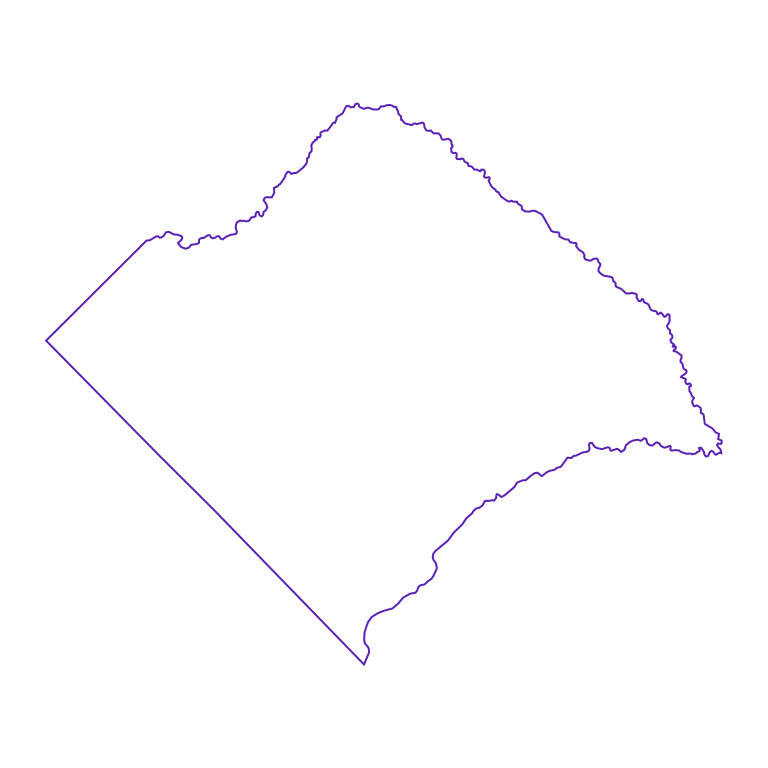 outline of Confluencia, Neuquén, Argentina
{"feature_id": "61730980B39164148007065", "entity_name": "Confluencia", "entity_type": "district", "adm_level": 2, "iso_a3": "ARG", "parent_name": "Argentina", "parent_adm1": "Neuquén", "projection": "mercator", "projection_center": [-68.398, -38.869], "detail": "fine", "context": "isolated", "style": "outline", "palette": "violet", "viewbox_px": 768, "rotation_deg": 0, "n_neighbors": 0, "source": "geoboundaries", "source_scale": "gbopen_adm2", "svg_char_len": 6126}
<svg xmlns="http://www.w3.org/2000/svg" viewBox="0 0 768 768"><path d="M612.3,277.6L611.0,276.9L603.7,275.6L600.6,273.5L598.6,271.4L598.6,268.6L600.2,265.5L600.4,264.1L598.6,262.1L597.4,258.9L596.3,258.6L593.5,258.8L591.4,260.3L589.9,260.7L585.2,259.3L584.1,256.8L584.6,255.7L583.5,253.1L582.5,251.9L579.1,250.0L576.1,246.1L576.6,244.1L576.1,243.2L570.8,242.4L569.8,241.8L568.4,239.6L565.1,239.3L560.3,237.0L559.4,236.3L559.3,233.5L558.5,232.4L553.9,232.0L551.3,230.9L542.7,215.6L541.6,214.3L535.5,211.0L533.4,210.7L529.0,211.6L525.2,211.4L522.2,209.5L521.8,208.7L521.9,207.2L521.5,205.9L517.8,203.6L517.2,201.8L512.9,201.6L511.4,200.7L509.3,201.6L507.5,201.1L501.0,196.5L498.4,192.1L496.8,191.8L495.7,190.6L495.4,189.5L493.8,188.7L491.6,186.6L488.6,180.8L489.8,178.9L489.6,177.7L488.5,177.1L486.3,177.8L484.6,177.3L483.9,176.3L485.0,172.8L484.3,170.3L483.4,169.7L481.3,169.6L480.7,170.9L480.1,171.3L477.0,169.6L474.4,169.6L471.6,166.5L468.4,165.9L468.1,163.4L464.7,161.7L463.3,159.0L461.7,158.5L460.7,159.2L457.0,159.0L456.3,157.7L456.7,155.6L456.5,153.4L455.2,152.8L453.1,153.0L451.5,151.8L451.1,148.1L452.4,147.0L452.6,145.4L451.7,144.7L451.2,141.1L449.6,139.5L448.0,138.8L443.8,139.8L442.3,139.4L441.6,138.6L440.5,135.4L438.4,133.4L433.5,133.3L430.9,130.6L428.4,130.8L426.3,130.3L424.5,127.4L424.1,124.1L423.3,123.0L422.3,122.6L416.6,124.2L415.6,123.6L414.1,123.5L412.0,125.1L405.4,123.6L403.2,121.6L402.4,120.1L401.1,119.8L401.1,116.5L398.4,113.8L398.1,111.3L396.6,109.0L396.5,107.3L395.9,106.9L393.5,106.8L392.7,105.8L389.9,105.0L386.9,105.2L383.4,106.4L381.0,106.3L378.8,109.1L378.1,109.4L373.5,109.5L368.3,107.6L363.7,108.8L359.8,107.1L359.1,106.3L358.7,104.4L357.5,103.5L355.4,104.1L353.9,107.1L353.0,106.8L350.7,107.4L348.9,105.9L346.2,106.2L342.5,113.5L336.6,117.2L336.5,119.3L335.0,122.8L333.7,122.6L332.7,123.4L330.8,126.4L327.3,130.6L325.0,130.5L320.7,132.5L320.3,134.0L320.7,135.5L320.0,137.0L319.1,137.4L318.0,137.0L317.0,137.5L316.9,139.5L315.0,140.1L314.6,141.2L312.7,142.6L311.2,145.7L311.8,148.5L311.4,151.5L309.6,153.0L308.7,157.4L307.1,158.4L307.0,161.9L306.4,163.6L303.1,167.6L297.3,172.4L295.9,173.0L293.8,173.0L291.5,173.9L289.1,171.8L287.6,171.9L285.3,175.0L285.3,176.2L283.8,178.9L280.1,184.1L279.1,184.5L277.6,186.4L274.0,187.8L274.3,192.6L271.8,197.4L266.3,197.2L264.6,198.0L263.6,200.2L266.5,204.4L267.2,207.4L265.9,210.1L263.7,211.7L263.1,214.9L261.9,216.4L259.6,215.4L258.5,212.0L257.1,211.8L255.9,213.3L255.5,216.3L253.2,217.3L251.3,217.4L249.6,220.1L248.6,220.9L246.5,221.4L244.0,220.7L242.3,221.0L240.1,220.5L237.0,222.3L236.0,224.7L235.7,227.9L236.9,231.8L236.7,233.0L235.8,234.0L230.9,234.8L226.2,236.7L222.6,239.4L220.5,238.6L219.4,236.6L218.4,236.0L216.6,236.6L214.9,237.8L212.8,238.3L210.9,237.3L210.0,235.4L208.1,235.1L203.6,238.0L201.8,238.0L199.8,238.8L199.1,239.6L198.9,242.9L196.3,244.2L191.4,244.7L188.7,247.7L185.5,248.7L181.4,247.1L178.3,243.8L178.1,242.9L181.2,240.1L182.0,238.9L182.2,237.3L181.5,236.1L177.5,234.7L174.0,234.5L168.9,231.9L166.0,232.3L163.4,236.2L161.2,237.5L159.8,237.7L158.1,236.3L156.3,236.3L150.3,240.0L147.9,240.6L146.6,240.5L46.1,340.6L160.3,456.6L214.4,510.4L364.0,664.5L369.1,652.4L368.8,648.9L367.7,646.6L364.8,643.3L364.2,640.1L364.5,632.7L366.2,626.9L368.2,621.9L371.6,617.1L377.8,613.2L384.1,610.7L392.4,608.5L398.2,603.6L403.0,597.7L410.1,593.7L415.5,592.7L417.3,590.4L418.1,587.7L419.0,586.4L420.9,585.1L424.4,584.5L428.1,581.1L431.3,579.0L433.4,576.0L436.7,568.8L436.8,567.0L435.7,562.9L433.6,560.0L432.9,558.1L432.7,556.9L433.4,553.6L435.4,551.0L448.1,540.4L453.7,532.7L462.3,524.3L466.3,518.3L472.3,513.1L473.2,511.2L476.3,508.4L479.0,508.0L482.7,505.2L485.0,500.9L489.7,500.8L492.6,500.2L494.1,500.6L496.0,498.2L496.6,494.4L496.9,494.1L498.7,494.7L501.4,497.1L504.9,495.1L514.5,486.9L517.0,482.6L522.4,480.4L525.7,480.2L530.8,475.8L534.9,473.0L537.7,472.8L541.5,476.0L542.4,475.8L546.2,472.6L548.9,471.1L554.9,469.6L557.1,467.8L560.1,467.0L561.3,466.2L567.4,457.7L571.4,458.0L573.7,455.9L575.8,455.7L582.8,452.4L587.5,451.7L588.6,450.9L589.2,450.0L589.5,448.4L589.0,444.1L590.3,442.8L592.0,443.0L594.9,447.1L598.0,448.3L602.1,449.1L607.9,447.2L609.7,448.0L610.1,449.6L611.1,450.8L617.1,448.8L618.3,449.3L621.1,451.9L624.4,449.8L625.9,445.3L629.9,441.9L633.3,440.5L637.8,439.7L640.8,440.8L644.4,438.2L646.3,439.1L647.3,443.1L649.6,445.2L652.2,445.5L656.1,442.6L657.3,442.4L659.4,443.5L661.0,446.0L663.9,447.5L665.5,447.5L670.0,445.8L670.7,446.9L670.3,449.7L671.7,450.6L675.7,450.1L678.9,450.5L681.4,452.1L686.8,453.8L690.4,453.5L692.1,454.3L695.8,453.5L696.9,452.2L699.4,451.2L699.8,449.3L699.0,448.1L700.4,447.6L701.3,447.9L703.2,450.7L704.3,452.7L704.1,453.5L704.6,454.9L705.9,456.5L708.2,455.8L709.8,452.1L711.5,450.9L713.2,451.6L714.7,454.0L715.5,454.5L716.2,454.7L719.6,452.7L721.3,453.2L720.6,449.6L718.0,446.8L717.1,444.8L717.9,443.6L721.0,443.9L721.9,442.2L721.5,440.6L718.2,439.0L719.0,433.9L715.5,432.3L712.4,428.4L704.8,423.9L703.6,414.9L703.2,414.0L700.9,412.9L700.9,409.2L700.3,407.6L697.0,405.4L694.3,406.3L693.8,406.0L692.2,402.6L692.3,400.7L694.0,398.0L691.7,395.7L690.9,393.1L689.5,391.2L689.2,387.0L689.5,386.4L690.8,386.2L690.8,384.5L689.4,383.4L687.5,384.2L686.4,383.8L685.3,381.8L685.8,379.5L685.6,378.9L681.0,377.2L681.4,376.4L685.8,373.3L686.5,372.2L686.5,371.1L685.8,369.8L684.7,369.7L683.5,368.5L682.3,363.5L680.6,362.0L680.5,360.0L681.5,358.0L681.5,355.4L676.4,351.7L673.7,351.1L673.8,350.1L675.7,348.6L675.8,346.9L674.9,346.3L673.3,346.8L672.7,346.5L672.9,345.8L673.8,345.4L674.1,344.5L671.4,342.5L670.6,340.8L670.6,339.4L672.2,338.1L672.4,336.2L671.5,334.3L670.0,333.4L670.1,330.5L667.7,328.0L667.0,326.3L667.3,325.2L668.8,323.2L669.6,320.7L669.5,315.1L668.6,314.4L667.3,314.3L666.0,316.1L664.7,316.8L663.9,316.5L662.5,314.1L660.7,312.6L658.3,314.2L657.5,314.1L657.0,312.3L655.7,311.1L652.8,310.7L650.8,309.6L648.5,304.7L647.5,303.8L643.9,302.1L643.2,299.5L642.7,299.1L641.8,299.2L640.6,301.1L638.8,301.1L636.6,297.6L636.8,294.6L635.9,293.8L631.8,292.9L629.3,293.5L626.1,293.4L621.3,289.0L616.4,286.8L615.6,285.9L615.7,283.5L614.7,282.0L613.4,281.2L612.3,277.6Z" fill="none" stroke="#5b21b6" stroke-width="2"/></svg>